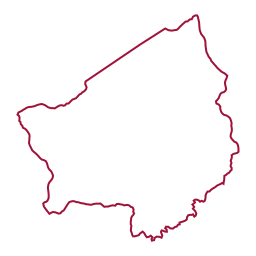 the district of Aparecida do Rio Negro, Tocantins, Brazil
{"feature_id": "56859067B11960662849722", "entity_name": "Aparecida do Rio Negro", "entity_type": "district", "adm_level": 2, "iso_a3": "BRA", "parent_name": "Brazil", "parent_adm1": "Tocantins", "projection": "albers", "projection_center": [-48.002, -9.977], "detail": "fine", "context": "isolated", "style": "outline", "palette": "rose", "viewbox_px": 256, "rotation_deg": 0, "n_neighbors": 0, "source": "geoboundaries", "source_scale": "gbopen_adm2", "svg_char_len": 3896}
<svg xmlns="http://www.w3.org/2000/svg" viewBox="0 0 256 256"><path d="M227.3,75.7L224.4,73.2L222.3,72.2L220.7,71.0L217.8,68.4L213.8,63.8L211.3,61.0L210.5,58.9L208.7,56.8L206.4,51.8L205.6,46.3L205.3,40.9L204.1,37.7L201.1,33.9L200.4,31.9L199.8,30.2L199.5,28.1L199.1,22.5L197.9,17.0L197.1,15.4L195.0,15.5L192.9,16.8L191.8,19.2L189.8,19.4L187.6,21.4L185.5,21.6L182.5,24.3L180.9,25.8L179.7,27.0L178.7,28.2L176.9,29.8L173.3,30.4L171.5,30.6L168.5,30.2L165.2,28.5L140.0,44.6L85.5,81.5L85.2,83.9L86.6,87.3L86.0,89.4L84.2,91.3L82.3,92.3L81.2,93.6L79.4,94.5L77.0,97.2L75.9,98.3L72.4,99.6L70.8,101.2L68.6,103.5L66.5,103.6L65.2,105.2L63.6,105.8L62.0,105.2L59.9,105.4L57.5,106.6L54.8,108.4L52.9,108.1L51.1,108.2L48.1,107.3L46.2,105.9L44.3,104.8L41.7,104.0L39.5,104.4L37.2,105.0L34.8,106.1L31.6,106.8L28.8,107.0L26.5,107.8L25.1,108.8L23.2,109.8L21.9,110.8L18.4,112.5L17.5,114.7L18.9,115.7L19.5,117.3L19.5,119.0L19.2,120.8L20.4,121.9L20.8,124.1L22.4,125.9L22.9,127.7L25.1,128.8L26.5,130.1L27.9,132.0L29.3,134.3L29.6,135.9L29.4,138.3L29.3,140.3L29.0,143.0L29.8,145.4L30.6,147.0L31.4,148.6L32.2,150.3L33.8,151.8L35.5,153.2L37.1,154.7L38.4,156.1L39.9,157.9L41.7,159.5L43.8,160.1L45.8,161.1L46.9,163.1L47.4,164.8L47.9,166.9L48.8,168.8L50.2,170.4L51.4,171.6L52.2,173.5L53.0,175.4L52.8,177.3L52.0,179.1L50.7,180.8L49.5,182.2L48.6,183.9L48.2,185.6L47.9,187.6L48.2,190.2L48.5,192.6L48.7,195.4L48.6,198.2L47.6,200.5L46.3,201.8L44.6,202.2L43.2,203.5L43.9,206.4L45.3,208.6L49.4,213.8L51.4,212.6L53.1,212.0L55.3,212.3L57.1,213.0L58.7,213.6L60.4,213.3L61.7,211.7L63.8,210.3L65.3,208.0L66.4,206.3L67.6,204.3L69.1,202.3L70.6,201.6L73.0,201.1L74.7,201.4L76.4,202.1L78.3,202.2L80.2,202.9L82.4,203.4L84.1,203.5L85.6,204.1L87.3,204.3L88.9,204.5L91.1,204.8L93.7,204.0L96.4,203.6L98.7,203.7L100.4,203.5L102.3,205.1L104.3,206.8L106.4,206.5L108.2,206.6L110.0,205.9L112.7,205.3L115.3,205.7L116.6,204.1L118.4,203.9L120.2,204.3L122.7,204.7L124.1,205.4L125.7,205.1L127.5,204.9L129.4,205.5L130.8,206.9L132.6,207.4L133.6,209.5L133.2,211.8L134.1,213.4L133.2,215.0L132.1,216.2L131.3,217.6L131.0,219.6L130.8,221.7L130.7,224.0L131.4,225.8L131.0,228.2L130.9,230.8L131.7,232.8L132.1,234.6L133.0,236.3L134.7,236.3L136.6,235.8L138.8,235.2L139.7,233.8L141.0,232.8L142.6,231.6L144.3,233.2L145.4,235.3L146.8,237.2L148.7,236.9L150.8,235.7L152.5,237.3L151.5,239.0L151.9,240.6L154.1,240.1L154.7,238.0L156.4,236.7L158.0,236.7L159.7,236.9L161.5,237.7L162.3,235.5L161.5,233.5L160.9,231.9L161.7,230.4L163.2,230.8L164.9,231.6L166.9,231.7L166.6,229.5L165.2,228.2L166.0,226.7L168.3,226.8L170.3,228.4L172.9,228.6L175.1,226.9L176.7,226.6L178.0,224.7L179.7,224.4L179.5,222.6L181.0,222.1L183.1,221.5L185.1,220.7L186.7,219.6L187.1,217.1L188.3,215.2L189.9,214.9L191.5,214.9L193.0,214.3L194.3,216.6L195.7,215.6L196.3,213.6L195.4,211.4L194.2,210.0L192.9,208.7L194.2,207.0L192.4,204.5L193.7,203.6L195.0,202.4L193.7,200.7L194.9,199.7L197.1,199.7L198.9,200.5L200.0,201.7L201.6,200.8L203.5,201.7L204.8,200.7L205.3,199.0L205.6,197.2L205.5,195.6L206.4,193.3L207.6,191.5L209.4,191.5L211.0,189.8L213.2,188.3L215.2,187.1L217.2,185.5L218.9,184.7L220.6,184.0L222.1,183.0L223.5,183.8L223.7,182.0L224.2,179.8L224.3,177.5L224.4,175.8L226.0,175.0L227.3,173.7L229.2,172.6L230.3,171.0L231.6,169.9L231.6,167.8L230.6,166.3L230.8,164.6L231.5,163.1L230.7,160.6L231.4,159.0L231.9,157.0L231.6,155.3L233.4,153.9L235.4,153.4L237.1,153.0L238.5,151.8L238.5,150.1L238.4,148.0L238.1,146.0L237.6,144.3L236.3,142.5L234.5,141.8L233.1,140.4L231.6,138.7L230.6,136.8L230.7,134.7L231.4,132.5L231.9,130.2L231.7,127.7L231.3,125.9L231.6,123.7L231.3,121.6L230.7,119.9L230.0,118.2L228.4,116.7L226.5,115.5L223.9,114.8L221.8,112.9L220.9,111.0L220.2,108.7L220.3,106.5L218.7,104.5L216.4,103.5L216.0,101.2L217.6,99.6L218.9,97.7L219.5,95.9L220.4,94.0L221.7,92.7L223.7,92.2L225.2,91.1L226.2,89.2L225.7,86.7L225.1,84.3L225.0,82.3L225.6,80.2L226.6,78.1L227.3,75.7Z" fill="none" stroke="#9f1239" stroke-width="2"/></svg>